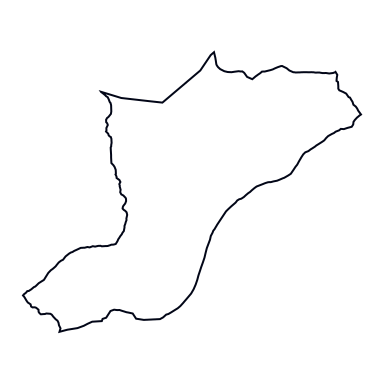 outline of Karim Lamido, Taraba, Nigeria
{"feature_id": "59680162B13157392837231", "entity_name": "Karim Lamido", "entity_type": "district", "adm_level": 2, "iso_a3": "NGA", "parent_name": "Nigeria", "parent_adm1": "Taraba", "projection": "robinson", "projection_center": [10.84, 9.149], "detail": "fine", "context": "isolated", "style": "outline", "palette": "ink", "viewbox_px": 384, "rotation_deg": 0, "n_neighbors": 0, "source": "geoboundaries", "source_scale": "gbopen_adm2", "svg_char_len": 4442}
<svg xmlns="http://www.w3.org/2000/svg" viewBox="0 0 384 384"><path d="M238.2,199.9L239.1,199.3L241.3,198.7L243.9,197.0L245.7,195.3L248.3,193.1L250.0,192.0L251.8,190.3L254.4,188.1L256.6,186.5L262.8,184.1L264.5,183.4L265.9,182.9L268.2,182.2L270.9,182.1L273.5,181.4L277.1,180.7L279.8,179.6L282.8,178.3L284.2,177.8L288.2,175.5L290.8,173.8L293.4,170.0L295.5,166.8L297.2,164.7L298.9,161.5L301.4,157.2L302.9,154.9L303.1,154.5L305.3,152.3L308.4,151.1L310.6,149.4L312.4,148.3L315.0,146.6L316.3,145.5L318.1,144.4L322.5,141.6L324.2,140.4L325.3,139.1L325.9,138.3L327.2,137.0L328.1,136.1L331.8,134.0L334.0,133.0L335.6,131.7L337.4,131.0L339.2,130.3L340.8,128.9L343.9,129.1L347.5,127.9L351.7,126.8L353.2,124.5L353.5,121.9L354.8,120.0L357.1,117.5L358.5,116.4L359.4,115.6L361.0,114.5L359.7,112.7L358.6,111.2L358.2,110.7L357.2,108.6L355.8,106.6L353.4,104.7L352.7,102.4L352.4,101.6L351.4,100.1L350.0,97.6L348.6,97.1L346.2,93.6L343.2,92.0L339.3,90.3L338.3,88.7L338.3,86.2L338.0,82.0L336.5,80.9L336.8,77.5L337.3,74.9L335.5,71.9L335.0,72.3L333.0,73.0L329.2,73.5L326.0,73.0L322.8,73.1L320.8,72.8L319.3,72.5L315.4,72.6L313.6,72.3L311.3,72.2L309.0,72.3L306.7,72.2L304.2,72.2L303.5,72.2L300.9,72.3L299.5,72.4L298.5,72.4L295.5,72.5L294.6,72.3L293.2,72.2L289.4,70.5L286.6,68.2L282.3,66.1L282.1,66.0L280.9,66.1L277.7,67.2L274.6,68.5L272.8,69.4L270.2,70.2L267.3,70.9L264.9,71.5L264.7,71.5L262.0,71.6L260.3,73.1L258.1,74.6L257.5,75.0L256.9,75.5L256.0,76.1L255.1,76.8L254.9,77.0L252.3,79.2L247.1,76.9L244.2,72.8L242.3,71.4L240.9,71.5L238.6,71.2L234.8,71.7L231.5,72.2L229.4,72.1L227.6,72.0L224.3,71.2L220.2,69.1L218.1,67.2L216.9,65.5L216.4,64.5L216.2,63.4L215.7,59.9L215.5,59.0L215.4,58.1L214.0,52.2L210.7,55.1L200.3,70.5L163.5,101.7L162.4,102.6L148.6,101.1L121.3,98.0L117.7,96.9L101.0,91.8L101.2,92.1L102.4,92.9L103.0,93.4L105.1,95.1L106.1,96.2L107.7,97.2L108.8,99.5L109.4,101.2L109.9,102.3L110.5,102.9L111.1,105.2L111.3,111.5L110.9,113.9L108.5,116.9L107.0,118.1L106.1,119.8L106.2,122.2L107.2,123.3L107.8,125.0L106.4,128.0L106.4,129.2L106.5,130.3L106.0,131.5L108.2,133.7L108.7,135.4L108.9,135.6L109.8,136.5L110.8,137.0L111.4,138.8L111.5,141.1L111.6,142.8L111.2,145.1L111.2,146.3L110.7,147.5L110.8,149.8L110.9,151.5L111.0,153.3L111.1,155.0L111.1,157.3L111.3,161.3L111.4,163.1L113.5,165.3L114.6,167.0L115.7,169.8L115.8,171.5L115.9,173.9L115.5,174.4L116.5,176.5L116.6,178.0L119.4,180.0L120.4,182.0L119.3,184.1L119.8,185.7L119.7,186.4L119.9,187.1L120.6,189.8L120.2,192.2L121.3,194.4L123.4,195.5L124.4,196.6L125.5,197.7L126.0,198.8L126.1,201.1L125.2,203.5L123.3,205.9L122.8,207.1L122.6,208.6L123.8,209.9L125.2,210.8L126.6,212.3L127.2,214.9L126.4,218.5L126.5,220.1L125.7,222.2L125.3,223.8L124.5,225.9L124.5,227.5L123.8,231.1L122.6,232.6L121.7,234.4L120.4,236.0L119.1,238.1L118.3,239.2L117.4,241.3L115.7,244.0L113.5,244.6L111.3,244.7L109.9,245.3L108.8,245.6L108.3,245.8L107.7,246.0L105.0,246.1L101.8,246.3L100.5,245.8L98.2,245.9L95.1,246.6L92.8,246.2L90.7,247.0L89.7,247.4L87.4,247.0L84.7,247.7L82.0,247.8L80.7,247.9L77.1,249.6L76.2,250.0L75.8,250.2L74.4,250.8L73.4,251.4L72.7,251.9L72.2,252.1L70.9,252.5L69.1,253.6L65.6,256.4L63.9,258.6L63.1,259.7L60.9,260.8L58.7,262.5L57.4,264.1L56.5,265.2L55.7,266.3L53.9,267.9L52.6,269.0L50.9,270.2L48.3,272.9L46.6,275.6L45.3,277.7L44.0,279.8L43.9,279.9L38.7,283.2L37.0,284.9L35.3,286.5L33.9,287.1L31.3,289.3L28.7,291.0L27.3,291.1L26.0,292.7L23.8,294.4L23.0,295.5L23.9,296.4L24.9,297.9L26.4,300.5L27.8,302.5L29.2,303.4L30.6,304.4L31.1,306.5L32.5,307.4L34.8,307.3L36.2,307.8L38.5,309.7L38.6,311.8L39.6,313.3L40.9,314.3L43.2,314.1L45.0,314.0L46.3,313.5L50.4,313.8L51.8,314.7L53.3,316.7L54.7,318.2L55.6,319.2L57.5,320.7L58.5,322.7L59.0,325.3L60.5,328.3L59.5,331.8L66.7,329.9L67.5,329.7L77.5,328.1L83.8,325.8L87.6,323.8L92.2,321.7L101.8,321.1L102.6,318.9L106.2,317.7L110.5,311.0L114.1,309.7L117.2,310.1L119.5,310.0L122.2,310.9L123.9,311.4L126.4,312.2L128.6,312.6L132.7,313.5L136.1,318.7L138.8,319.1L143.8,319.9L147.9,319.7L151.9,319.5L160.0,319.1L163.1,317.4L166.2,314.6L168.4,314.0L171.1,312.4L172.7,311.4L175.9,309.4L177.7,308.3L180.3,306.1L183.3,302.8L184.2,301.7L186.2,299.4L191.1,293.6L193.6,289.3L195.7,284.5L197.3,279.8L198.4,275.6L200.0,270.8L201.2,267.1L202.9,262.4L204.5,257.6L205.6,252.9L206.8,248.2L208.8,242.9L210.0,239.7L210.8,236.0L212.5,232.8L213.3,230.7L214.6,229.1L215.5,227.5L216.2,226.4L217.1,224.8L226.0,211.4L228.2,209.2L231.2,206.4L235.6,202.6L237.3,200.4L238.2,199.9Z" fill="none" stroke="#020617" stroke-width="2"/></svg>